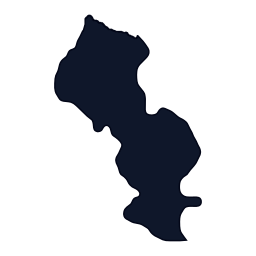 the district of Montellano, Puerto Plata, Dominican Republic
{"feature_id": "3306468B77556762591061", "entity_name": "Montellano", "entity_type": "district", "adm_level": 2, "iso_a3": "DOM", "parent_name": "Dominican Republic", "parent_adm1": "Puerto Plata", "projection": "orthographic", "projection_center": [-70.594, 19.696], "detail": "fine", "context": "isolated", "style": "filled", "palette": "ink", "viewbox_px": 256, "rotation_deg": 0, "n_neighbors": 0, "source": "geoboundaries", "source_scale": "gbopen_adm2", "svg_char_len": 4449}
<svg xmlns="http://www.w3.org/2000/svg" viewBox="0 0 256 256"><path d="M85.2,19.2L85.2,24.3L83.2,31.2L82.7,31.1L80.3,36.2L78.0,40.4L77.3,42.1L76.3,45.7L75.6,47.3L75.0,48.0L74.4,48.5L73.0,49.2L70.8,50.0L69.5,50.9L68.6,52.2L67.3,55.2L66.5,56.6L62.6,59.8L61.4,61.2L60.4,62.8L59.7,64.6L58.5,69.5L57.9,71.3L55.9,75.6L55.2,78.8L54.9,83.4L54.9,87.9L55.4,91.2L56.1,93.2L58.9,97.9L59.9,99.3L60.6,99.9L61.4,100.4L63.3,101.0L68.6,101.6L70.7,102.0L71.7,102.4L73.7,103.4L75.5,104.8L77.2,106.3L87.2,116.0L91.7,119.6L92.3,120.2L93.0,122.0L93.4,123.9L93.8,127.8L94.4,129.6L95.0,130.4L95.7,130.9L97.3,131.5L98.2,131.5L99.9,131.2L101.3,130.4L101.8,129.8L103.3,127.3L104.3,126.2L105.0,125.7L105.7,125.4L106.5,125.3L107.3,125.4L108.1,125.7L109.3,126.7L110.3,128.1L110.8,129.8L111.7,133.2L112.5,134.8L113.7,135.9L115.9,137.4L118.0,139.1L120.0,141.1L121.1,142.6L121.9,144.2L122.0,145.0L121.8,146.7L118.8,153.3L116.5,157.3L116.0,159.1L115.9,160.1L116.0,161.1L116.4,162.9L118.3,167.1L119.9,172.5L120.8,174.1L121.4,174.7L124.2,176.7L126.1,178.6L127.2,180.1L129.0,183.5L130.2,185.0L132.3,186.8L136.4,188.9L137.8,189.9L139.0,191.2L139.4,191.9L139.8,192.7L140.0,193.6L139.9,194.4L139.7,195.3L139.3,196.0L138.7,196.6L138.1,197.0L135.3,197.9L134.1,198.6L133.1,199.9L131.7,202.8L130.8,204.2L126.8,207.3L125.0,209.3L124.2,211.1L124.0,212.1L123.8,214.0L124.1,215.9L124.5,216.8L125.0,217.6L126.3,218.8L131.8,221.8L133.7,222.5L139.6,223.7L141.4,224.3L143.1,225.2L147.0,227.6L148.4,228.6L150.9,232.2L152.1,233.5L153.5,234.7L155.1,235.8L162.8,239.6L166.0,240.4L170.5,240.6L179.6,240.6L186.3,240.1L184.2,237.3L181.4,233.3L180.5,231.6L179.9,229.4L179.5,226.1L179.4,221.5L179.6,218.1L180.0,215.9L180.3,214.9L181.1,213.1L183.4,209.3L184.5,207.9L185.2,207.3L186.1,206.8L188.0,206.3L190.0,206.1L196.2,206.2L198.1,205.9L199.0,205.6L199.8,205.1L200.5,204.3L200.9,203.5L201.1,202.6L201.1,200.9L200.9,200.0L200.5,199.2L199.9,198.4L199.0,197.8L198.1,197.5L196.2,197.2L189.9,197.3L186.6,197.1L184.5,196.5L182.8,195.5L181.4,194.2L180.8,193.4L179.9,191.5L179.6,190.4L179.3,188.1L179.3,185.9L179.5,183.6L180.0,181.4L180.5,180.4L181.5,178.8L183.4,176.8L186.9,174.4L190.2,169.9L193.7,165.9L195.6,163.4L196.6,161.6L199.9,154.8L200.3,152.9L200.4,151.9L200.1,150.0L199.5,148.2L197.8,145.0L196.2,141.4L193.4,136.4L191.9,132.7L189.6,128.5L187.9,125.0L187.0,123.3L185.8,121.9L184.3,120.7L182.7,119.6L179.2,117.8L177.5,116.6L173.4,113.1L171.7,111.8L169.9,110.8L164.9,108.6L163.4,108.2L162.6,108.2L161.8,108.4L160.4,109.2L159.3,110.3L157.6,112.9L157.0,113.6L156.3,114.1L154.6,114.8L151.8,115.2L149.0,114.9L147.3,114.2L146.5,113.6L145.9,112.8L145.5,111.9L145.1,109.9L145.1,107.9L145.2,99.0L145.0,96.8L144.6,94.6L144.3,93.6L143.2,91.7L139.3,86.8L138.1,85.0L137.6,84.1L137.3,83.1L136.8,81.1L136.5,77.9L136.4,74.7L136.6,71.5L136.9,69.5L137.6,67.5L138.6,65.7L139.9,64.1L145.8,58.1L147.1,56.6L148.2,54.9L148.8,53.0L148.8,51.0L148.6,50.0L147.9,48.3L145.2,44.3L142.9,41.3L137.8,35.8L137.5,35.8L137.5,37.1L137.1,37.1L137.1,37.5L136.7,37.5L136.7,38.0L136.3,38.0L136.3,38.4L134.7,38.4L134.7,38.0L133.9,38.0L133.9,37.5L133.5,37.5L133.5,37.1L132.7,37.1L132.7,36.7L131.9,36.7L131.9,36.3L130.7,36.3L130.7,35.8L129.9,35.8L129.9,35.4L128.7,35.4L128.7,35.0L128.3,35.0L128.3,34.6L127.9,34.6L127.9,34.1L127.5,34.1L127.5,33.3L127.1,33.3L127.1,32.8L126.3,32.8L126.3,32.4L125.5,32.4L125.5,32.8L123.1,32.8L123.1,32.4L122.3,32.4L122.3,32.0L121.1,32.0L121.1,31.6L119.9,31.6L119.9,32.0L119.0,32.0L119.0,31.6L115.4,31.6L115.4,31.1L114.2,31.1L114.2,30.7L113.0,30.7L113.0,30.3L112.2,30.3L112.2,29.9L111.4,29.9L111.4,29.4L108.6,29.4L108.6,29.0L108.2,29.0L108.2,28.6L107.8,28.6L107.8,28.2L107.4,28.2L107.4,27.7L107.0,27.7L107.0,27.3L106.2,27.3L106.2,26.9L105.4,26.9L105.4,26.5L105.0,26.5L105.0,26.0L104.2,26.0L104.2,25.2L103.8,25.2L103.8,24.7L103.4,24.7L103.4,24.3L103.0,24.3L103.0,23.9L102.6,23.9L102.6,23.5L102.2,23.5L102.2,23.0L100.6,23.0L100.6,22.6L99.8,22.6L99.8,23.0L99.0,23.0L99.0,22.6L98.6,22.6L98.6,22.2L98.2,22.2L98.2,21.8L97.8,21.8L97.8,21.3L97.4,21.3L97.4,20.9L96.2,20.9L96.2,20.5L93.8,20.5L93.8,20.1L93.4,20.1L93.4,19.6L93.0,19.6L93.0,19.2L92.6,19.2L92.6,18.3L92.2,18.3L92.2,17.5L91.8,17.5L91.8,17.1L91.4,17.1L91.4,16.6L91.0,16.6L91.0,16.2L90.6,16.2L90.6,15.8L89.8,15.8L89.8,15.4L89.0,15.4L89.0,15.8L88.2,15.8L88.2,16.2L87.8,16.2L87.8,16.6L87.4,16.6L87.4,17.1L87.0,17.1L87.0,17.5L86.5,17.5L86.5,17.9L86.1,17.9L86.1,18.3L85.7,18.3L85.7,18.7L85.3,18.8L85.3,19.2L85.2,19.2Z" fill="#0f172a" stroke="#020617" stroke-width="1.5"/></svg>